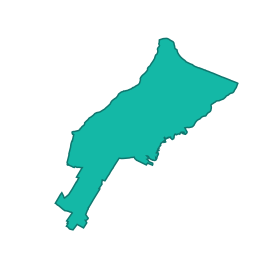 outline of Parava, Bacau, Romania, rotated 138°
{"feature_id": "2599482B9690347747370", "entity_name": "Parava", "entity_type": "district", "adm_level": 2, "iso_a3": "ROU", "parent_name": "Romania", "parent_adm1": "Bacau", "projection": "equal_earth", "projection_center": [26.963, 46.307], "detail": "fine", "context": "isolated", "style": "filled", "palette": "teal", "viewbox_px": 256, "rotation_deg": 138, "n_neighbors": 0, "source": "geoboundaries", "source_scale": "gbopen_adm2", "svg_char_len": 5560}
<svg xmlns="http://www.w3.org/2000/svg" viewBox="0 0 256 256"><g transform="rotate(138 128 128)"><path d="M232.4,120.7L232.1,119.9L232.0,118.2L231.4,116.3L230.8,111.5L230.3,108.9L229.3,107.8L228.0,105.9L227.4,104.5L226.4,103.2L226.3,102.2L235.8,100.0L235.2,98.4L237.0,97.9L236.7,97.1L239.5,96.2L239.1,95.3L238.9,94.3L239.0,92.4L238.7,91.5L237.0,89.1L230.3,90.4L227.9,83.5L222.1,85.1L221.5,87.8L221.2,87.4L219.0,87.2L217.9,87.6L217.8,87.8L218.0,88.1L217.8,89.0L217.3,92.0L213.3,94.0L211.6,94.5L211.1,95.2L210.7,95.4L209.9,95.3L209.8,95.5L207.6,96.1L201.7,98.0L190.1,101.4L190.1,101.5L189.7,101.7L190.1,102.4L184.9,103.7L185.1,104.1L181.9,106.6L180.5,104.2L177.4,105.0L177.2,105.2L172.4,106.4L170.9,107.0L167.4,108.0L166.1,108.2L164.3,108.9L154.8,111.5L153.2,109.6L151.6,108.3L146.8,104.7L145.7,104.2L144.2,103.0L142.9,102.2L143.3,101.1L143.4,100.7L143.4,100.2L143.3,99.9L143.2,98.2L142.7,97.3L142.1,95.6L141.7,94.9L141.4,94.0L139.3,88.8L139.1,88.3L137.0,88.8L134.7,84.0L133.8,84.5L133.5,85.0L133.2,85.3L133.4,85.9L134.9,88.9L134.6,90.2L134.8,92.0L134.3,91.7L133.8,91.7L133.0,92.2L132.8,92.5L132.7,93.0L132.7,94.6L132.5,94.4L132.1,93.8L132.0,93.3L132.0,92.8L132.4,91.3L132.4,90.6L132.0,89.8L132.0,89.3L131.5,88.5L131.3,87.7L131.1,87.5L130.8,87.4L130.4,86.6L129.8,85.9L128.8,85.6L128.0,86.2L127.5,86.9L127.6,85.9L126.8,86.2L125.9,87.0L125.4,87.1L124.4,88.0L123.9,87.8L123.5,87.9L122.9,88.3L122.8,88.6L122.3,88.9L122.3,89.1L122.7,89.9L123.5,90.4L123.6,90.5L123.3,90.7L123.2,90.6L122.7,90.3L122.4,90.1L122.2,90.1L121.9,90.7L121.9,91.1L121.6,91.4L121.2,91.4L120.4,90.7L120.1,90.6L120.0,91.1L120.5,91.9L120.2,92.1L119.1,92.5L118.9,92.3L118.9,92.6L118.2,92.7L117.4,93.0L116.3,93.1L116.2,93.3L115.4,93.2L115.0,93.9L114.3,94.2L114.1,94.6L113.6,94.5L112.1,94.4L111.6,94.5L111.0,94.4L110.9,94.2L111.0,93.3L110.6,93.1L110.5,93.5L110.8,93.7L110.7,94.3L109.7,94.3L109.6,94.2L109.8,93.7L109.7,93.3L109.8,92.7L109.5,92.4L109.3,92.4L109.2,92.5L109.0,93.8L108.6,93.9L108.4,94.3L108.1,94.5L107.7,96.3L107.6,96.5L107.1,96.5L107.2,95.0L107.2,94.6L106.7,94.3L105.9,94.3L105.6,94.1L105.6,94.3L105.3,94.5L104.5,94.0L104.3,94.0L104.3,93.9L103.8,93.4L102.8,93.1L102.6,92.9L102.9,92.7L103.0,92.2L103.0,91.7L102.8,91.3L102.9,90.5L102.8,89.9L101.2,89.5L100.7,89.9L100.0,90.2L99.6,90.7L99.0,91.2L98.2,91.6L97.7,91.6L97.6,91.9L97.0,91.9L96.9,91.6L96.6,91.2L96.6,90.6L94.8,90.0L93.9,89.3L93.7,88.8L93.3,88.8L92.6,89.3L91.9,89.4L91.2,89.3L89.2,87.4L89.6,86.8L91.2,88.2L91.3,87.9L90.9,87.4L90.9,86.9L90.1,85.8L89.9,85.3L89.6,85.0L89.4,85.2L88.6,84.8L87.8,84.9L86.8,85.4L86.6,85.8L86.4,87.3L85.6,90.1L83.2,88.5L82.6,87.7L82.2,87.4L79.6,85.9L78.4,85.8L76.8,86.0L76.3,86.3L74.8,86.8L73.3,87.2L71.5,87.4L70.8,87.3L68.1,86.6L66.7,86.8L65.9,86.8L64.3,86.3L63.5,85.9L62.4,85.1L62.0,85.0L61.7,85.0L60.7,85.4L58.7,85.7L56.9,85.4L56.0,85.3L55.4,85.4L54.6,85.7L52.6,87.2L51.8,88.2L51.4,89.0L51.0,89.4L50.5,89.6L49.8,89.6L48.2,89.3L47.3,89.3L46.9,89.1L45.7,88.9L44.4,88.9L43.9,88.7L41.8,87.2L40.6,86.9L37.6,85.7L34.9,85.7L33.6,86.0L33.0,85.9L31.5,85.4L29.8,85.4L28.5,85.1L26.8,84.2L26.3,84.1L25.0,84.2L23.3,84.9L20.9,85.5L20.1,85.8L18.1,86.9L16.5,87.7L16.8,88.6L19.3,93.6L19.6,94.0L19.9,94.9L22.0,99.2L23.6,102.3L24.1,103.1L25.3,105.8L25.9,107.0L28.2,111.9L29.3,113.9L30.3,116.1L31.8,118.8L31.7,119.1L31.9,119.3L32.3,120.0L32.6,120.3L32.9,121.2L33.1,121.4L33.3,122.1L33.9,123.0L34.0,123.4L34.4,123.7L34.6,124.3L34.5,124.5L35.6,125.9L36.2,127.3L37.0,128.8L37.4,130.0L37.8,132.2L38.4,133.2L38.6,133.5L40.5,138.2L40.6,138.5L40.5,138.9L40.6,140.5L41.0,142.0L41.0,142.6L41.2,143.2L41.4,146.2L41.2,147.5L41.2,148.3L40.7,150.7L40.4,151.3L40.2,151.9L39.4,153.1L39.3,153.5L39.7,154.8L39.9,155.5L39.2,156.9L38.8,157.3L38.4,158.0L38.0,159.0L37.1,160.3L36.9,160.9L36.8,162.1L37.7,164.6L38.3,166.8L38.8,168.0L39.4,168.8L40.0,169.3L42.1,170.9L45.7,172.5L46.2,172.1L47.5,170.7L48.7,170.0L48.9,169.7L49.4,168.2L50.4,167.7L51.3,167.7L52.6,167.4L52.9,167.2L53.5,166.7L54.0,165.7L54.4,165.2L55.0,164.6L56.0,164.0L57.4,163.5L58.1,163.7L58.7,163.6L59.8,163.1L61.9,161.8L65.1,160.8L67.9,160.2L69.6,159.6L70.4,159.5L71.8,159.6L73.1,159.4L73.7,159.1L74.6,158.1L76.1,157.7L79.1,157.4L81.3,157.5L83.1,157.4L84.8,157.0L86.0,156.4L86.4,155.6L87.1,155.0L89.4,153.6L90.1,153.4L91.8,153.4L92.5,153.5L93.2,153.8L93.4,153.9L94.6,154.0L94.8,154.1L95.4,154.0L96.4,154.4L97.3,154.5L97.4,154.8L99.1,154.9L99.8,155.1L100.8,155.5L103.3,156.3L104.5,157.1L105.3,157.4L105.6,157.7L106.4,158.1L106.5,158.3L106.7,158.2L108.1,158.9L109.3,159.3L112.3,159.5L114.4,158.7L116.6,158.4L118.4,158.7L120.4,158.9L122.1,158.9L122.6,158.8L124.1,158.3L125.0,157.8L128.4,157.7L130.7,157.8L132.8,157.7L135.2,158.2L137.2,158.5L138.6,158.9L140.9,160.3L142.9,160.9L145.3,160.7L147.8,160.9L150.3,161.4L152.0,161.0L154.5,161.0L156.3,160.9L156.8,160.8L157.4,160.1L158.5,159.6L159.2,159.6L161.2,159.8L162.6,159.4L163.8,159.6L164.6,159.1L165.0,159.0L166.6,159.3L170.3,161.3L171.2,162.1L172.3,162.4L172.9,161.6L173.3,160.6L173.3,160.4L172.7,159.8L172.7,159.5L172.9,159.3L176.5,156.7L177.2,156.3L178.1,155.5L178.5,155.8L180.7,154.5L182.0,153.5L183.6,152.1L189.4,148.2L189.5,147.7L195.0,144.0L196.0,143.4L196.6,142.8L196.8,142.2L196.8,141.5L196.7,141.0L197.1,140.8L197.7,141.1L197.7,140.9L196.9,140.1L196.6,139.6L196.1,138.4L195.3,136.7L195.1,135.9L194.6,135.0L194.3,134.6L193.1,134.8L192.2,132.8L191.0,131.9L190.0,130.8L189.4,129.8L188.8,129.3L188.7,129.4L188.5,129.2L199.2,125.9L197.9,123.9L202.6,122.2L202.7,122.4L210.7,119.8L216.6,118.2L222.0,118.4L222.2,118.9L221.4,120.7L220.5,124.2L222.6,123.8L232.4,120.7Z" fill="#14b8a6" stroke="#0f766e" stroke-width="1.5"/></g></svg>